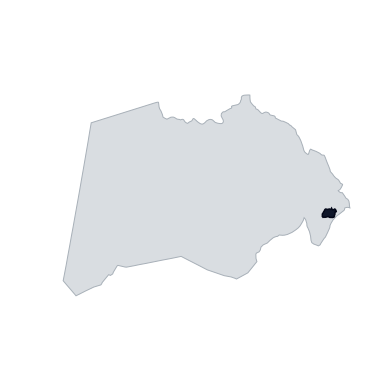 Dodjé, Logone Occidental, Chad shown in context, rotated 254°
{"feature_id": "50815135B21432441174008", "entity_name": "Dodjé", "entity_type": "district", "adm_level": 2, "iso_a3": "TCD", "parent_name": "Chad", "parent_adm1": "Logone Occidental", "projection": "albers", "projection_center": [15.491, 8.666], "detail": "fine", "context": "in_parent", "style": "filled", "palette": "ink", "viewbox_px": 384, "rotation_deg": 254, "n_neighbors": 0, "source": "geoboundaries", "source_scale": "gbopen_adm2", "svg_char_len": 4532}
<svg xmlns="http://www.w3.org/2000/svg" viewBox="0 0 384 384"><g transform="rotate(254 192 192)"><path d="M286.3,114.2L286.5,122.4L286.7,130.7L286.9,138.9L287.1,147.2L287.3,155.4L287.5,163.7L287.7,172.0L287.9,180.3L287.9,183.0L287.7,184.1L287.6,184.3L287.3,184.5L282.9,183.8L281.0,183.8L278.4,184.5L274.5,184.9L272.0,184.8L270.3,186.3L268.9,188.0L269.7,192.2L269.5,193.5L269.0,195.0L267.9,196.2L266.7,197.2L266.0,198.1L265.2,200.0L264.5,200.8L264.6,202.0L264.4,203.2L263.7,203.9L261.9,204.4L260.7,205.0L259.8,205.9L259.2,206.6L259.5,207.4L260.0,208.6L260.3,210.4L260.5,211.5L261.4,212.4L262.0,213.0L262.2,213.8L261.7,214.4L259.5,215.8L258.6,216.3L257.6,217.0L257.2,217.3L255.6,218.6L254.8,219.7L254.4,220.7L254.5,222.0L255.3,223.9L256.3,225.5L256.6,226.8L256.9,228.1L256.8,229.4L256.4,230.5L255.6,231.6L252.5,233.5L251.0,235.7L249.9,238.2L249.6,239.6L249.9,240.5L250.6,241.3L251.5,241.7L252.8,241.8L255.1,241.3L257.1,241.0L259.3,241.9L260.5,244.0L260.1,245.6L260.9,248.4L261.7,251.8L261.7,252.9L262.0,253.4L263.4,253.6L263.7,254.4L263.4,260.4L264.1,262.0L265.0,263.2L266.1,263.8L267.1,264.6L267.7,265.2L268.9,265.3L270.3,266.3L270.7,267.8L270.6,269.2L269.9,272.3L269.3,274.3L268.5,274.2L266.8,273.7L264.9,273.3L262.5,273.0L260.2,273.9L257.8,275.0L257.0,275.8L256.3,276.3L255.2,276.3L254.2,276.4L253.7,277.2L252.8,278.1L249.3,279.9L248.5,280.5L248.1,281.2L248.1,281.9L248.5,283.3L248.5,285.1L247.7,286.5L246.8,287.5L245.8,287.9L244.9,288.1L244.3,288.7L242.5,292.0L241.7,292.6L240.1,292.6L235.5,297.5L235.0,299.0L233.3,301.1L231.2,303.4L229.2,304.5L229.1,304.9L228.6,305.4L227.4,305.9L223.3,308.7L218.3,308.6L216.1,309.8L213.9,310.3L210.8,310.8L209.9,310.8L205.8,311.1L201.1,311.0L199.3,311.4L197.6,312.5L196.4,313.4L196.2,313.8L196.4,314.1L196.3,314.4L199.7,316.7L200.5,317.8L199.7,318.9L199.3,319.0L199.2,319.1L198.7,320.0L196.8,322.5L193.9,325.6L192.4,326.5L191.8,327.0L191.0,329.0L190.5,329.3L188.5,329.6L184.4,329.9L178.9,330.5L175.6,330.8L173.5,330.6L170.6,332.0L169.5,332.4L168.9,332.5L166.0,333.9L163.6,335.9L162.8,336.3L159.4,337.2L158.1,338.7L157.5,338.8L155.3,336.9L153.8,335.2L153.1,333.5L153.0,332.9L152.6,333.0L151.4,333.8L150.4,334.7L149.9,336.3L146.4,337.5L143.4,338.4L142.1,339.7L140.0,340.3L137.3,340.0L135.2,339.5L133.2,339.4L134.2,337.8L134.5,336.7L134.6,335.3L134.5,334.4L133.3,333.9L132.5,333.2L130.7,328.8L129.0,324.4L126.4,320.0L123.7,317.1L121.7,315.4L121.1,315.2L120.0,314.7L119.3,314.2L115.7,311.2L111.9,307.8L111.0,306.3L109.1,304.0L107.0,301.6L105.9,300.6L105.4,298.6L106.8,296.9L108.4,294.7L110.3,293.2L112.8,293.1L116.9,293.8L121.3,294.0L125.6,293.5L126.8,293.2L127.9,293.2L130.2,293.7L134.3,293.6L136.4,292.7L134.1,291.2L131.7,288.8L129.4,286.2L128.0,283.8L126.8,280.7L125.6,276.9L124.9,272.0L125.0,269.2L125.4,267.2L126.6,264.0L125.8,262.1L126.0,260.6L125.8,258.3L125.5,257.1L123.9,253.4L123.6,252.9L122.2,250.3L121.6,246.0L120.0,243.1L117.5,241.7L116.0,240.0L115.5,237.0L114.5,236.2L110.5,235.2L107.2,235.2L104.8,231.8L101.7,227.4L98.9,223.4L97.1,215.4L96.1,210.8L97.3,209.4L99.6,206.1L102.7,199.9L109.5,190.2L112.9,185.3L119.9,177.9L128.3,168.9L133.1,163.8L133.8,154.5L134.7,144.7L135.3,137.3L136.0,128.6L136.7,121.3L137.1,115.9L137.8,108.4L138.3,107.0L141.6,101.1L141.9,100.3L141.3,99.3L136.6,94.3L135.1,93.2L134.3,90.6L135.5,89.1L129.8,80.8L128.5,79.7L127.8,78.7L127.8,77.2L127.7,71.4L126.2,62.4L124.2,51.9L130.8,48.9L135.8,46.6L142.2,43.7L148.1,46.7L156.6,51.0L165.2,55.2L173.8,59.5L182.4,63.7L191.0,68.0L199.6,72.2L208.2,76.4L216.9,80.7L225.5,84.9L234.2,89.1L242.8,93.3L251.5,97.5L260.2,101.7L268.9,105.9L277.6,110.0L286.3,114.2Z" fill="#d9dde1" stroke="#a8b0b8" stroke-width="1"/><path d="M138.8,315.8L138.6,315.1L138.1,314.5L137.5,314.1L137.1,313.6L136.5,312.9L135.7,312.2L135.2,311.6L134.9,311.2L132.5,310.5L131.5,311.0L131.6,311.9L131.0,312.8L131.0,313.4L130.9,314.1L130.9,315.0L130.9,316.2L129.8,317.1L129.7,317.3L129.4,318.0L129.2,319.0L128.8,319.6L128.8,320.3L128.7,321.0L128.8,321.3L128.8,321.6L128.9,321.8L129.0,321.7L129.2,321.8L129.5,321.9L129.7,322.0L129.8,322.1L130.3,322.4L130.6,322.9L131.4,323.3L132.0,323.5L132.4,323.4L132.5,323.4L132.6,323.5L132.7,323.8L133.0,324.1L133.3,324.3L133.3,324.7L133.4,324.8L133.4,325.0L133.7,324.9L134.0,324.8L134.1,324.7L134.2,325.0L134.1,325.3L134.6,325.3L135.1,325.1L135.3,325.1L135.5,325.1L135.8,324.9L136.1,324.7L136.3,324.6L136.0,323.2L136.3,322.0L136.9,321.8L137.5,321.8L138.0,321.7L137.5,321.2L137.0,320.6L137.3,320.0L137.8,319.4L137.9,318.1L137.9,317.4L138.4,316.6L138.8,315.8Z" fill="#0f172a" stroke="#020617" stroke-width="1.5"/></g></svg>